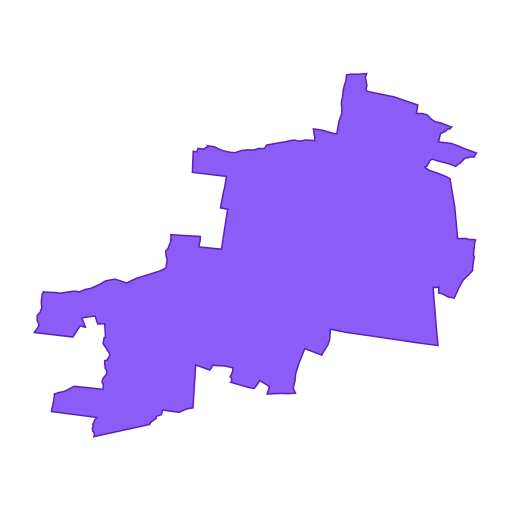 Mama, Yucatán, Mexico (Equal Earth projection), rotated 272°
{"feature_id": "50627088B18700427518498", "entity_name": "Mama", "entity_type": "district", "adm_level": 2, "iso_a3": "MEX", "parent_name": "Mexico", "parent_adm1": "Yucatán", "projection": "equal_earth", "projection_center": [-89.374, 20.51], "detail": "fine", "context": "isolated", "style": "filled", "palette": "violet", "viewbox_px": 512, "rotation_deg": 272, "n_neighbors": 0, "source": "geoboundaries", "source_scale": "gbopen_adm2", "svg_char_len": 4200}
<svg xmlns="http://www.w3.org/2000/svg" viewBox="0 0 512 512"><g transform="rotate(272 256 256)"><path d="M254.5,473.0L255.5,473.3L256.5,473.3L263.1,474.2L264.5,473.3L274.1,473.9L277.0,474.1L279.7,474.9L280.1,472.5L279.9,469.9L280.1,467.3L280.8,465.6L280.8,463.5L280.4,456.9L290.1,455.7L294.9,455.1L312.1,452.9L339.9,447.2L340.7,445.7L341.7,444.0L345.0,435.2L347.4,426.7L350.5,421.4L351.0,421.7L351.1,422.4L351.2,422.7L351.6,423.5L351.9,423.9L352.4,424.1L353.0,424.2L353.5,424.4L354.0,424.8L355.0,425.5L356.0,425.9L357.2,426.2L358.2,427.2L358.5,428.2L358.9,429.6L358.6,430.5L357.8,432.4L357.2,434.9L356.9,436.8L356.3,439.1L355.6,442.6L354.6,446.6L352.5,452.5L353.2,453.3L354.4,454.3L355.6,456.3L361.1,461.5L361.6,464.8L362.6,466.4L362.4,470.3L366.6,472.7L368.0,468.5L371.0,459.4L372.7,455.2L375.3,447.5L375.4,445.8L376.4,434.4L377.8,434.7L378.1,434.8L378.3,434.8L384.5,436.1L385.2,436.9L386.9,440.3L387.0,440.5L387.1,441.0L389.9,443.4L389.5,444.9L391.8,447.0L392.5,444.4L395.2,436.9L395.4,435.2L395.8,435.1L396.0,432.7L396.3,430.6L397.4,428.7L398.9,426.4L400.7,424.6L402.1,423.0L403.2,421.8L404.2,416.6L404.1,411.3L412.5,412.5L419.6,389.2L419.9,388.4L420.6,383.8L424.1,363.3L424.4,362.0L424.9,360.8L426.5,360.1L427.9,360.4L429.9,360.9L430.9,360.7L431.9,360.6L438.1,359.1L439.8,359.5L442.2,360.2L442.0,357.7L441.4,353.8L440.9,343.5L440.1,340.1L434.3,339.8L430.5,338.6L425.0,337.4L418.7,337.0L416.6,336.7L416.1,336.6L413.2,336.0L409.5,336.2L405.6,336.8L403.9,336.5L402.9,336.8L401.7,336.8L400.4,336.4L398.8,336.0L393.6,334.2L381.0,332.5L381.2,329.1L383.8,318.8L384.4,315.1L385.0,308.9L380.6,309.8L379.9,309.6L377.5,310.6L375.6,310.6L373.4,310.6L373.7,301.5L372.4,296.9L372.4,293.5L373.0,291.9L373.2,290.7L372.5,285.8L371.2,281.7L370.2,276.2L367.2,262.6L364.4,261.2L363.6,259.3L363.6,254.9L362.3,251.4L361.8,249.2L361.8,247.2L361.8,243.9L361.8,243.3L361.3,241.0L361.1,238.3L358.5,231.3L358.7,226.9L360.0,219.6L362.0,213.9L363.0,212.4L363.9,209.6L364.0,207.4L364.5,204.2L364.1,204.7L363.3,203.4L362.3,201.8L361.0,200.1L361.2,198.3L361.4,196.6L361.4,195.8L361.5,195.5L361.5,195.1L361.5,194.8L361.6,194.3L360.2,193.8L357.9,193.1L358.5,189.6L337.4,189.5L334.5,223.7L321.5,222.0L320.4,221.5L302.8,218.8L301.7,226.0L261.6,221.2L263.1,199.0L264.5,198.7L269.8,199.7L273.6,199.7L274.3,170.1L269.9,170.7L269.7,170.1L268.7,170.1L268.5,170.6L260.6,167.8L257.5,165.5L251.9,166.4L249.6,167.3L242.5,166.6L240.8,166.2L237.5,160.1L236.8,157.9L229.7,137.8L227.3,132.9L224.9,128.5L224.7,127.2L227.9,116.1L227.6,113.9L225.8,106.3L222.3,101.0L217.8,91.7L216.8,87.1L214.0,80.6L214.5,76.7L214.3,73.7L211.9,61.1L212.2,59.5L212.5,56.8L212.5,47.6L212.9,44.8L210.6,43.7L204.0,43.1L202.1,43.0L196.7,43.8L192.1,42.1L189.0,39.4L184.0,39.4L182.0,40.6L178.8,41.5L171.8,37.1L168.6,75.8L179.9,82.6L178.9,88.0L188.1,84.1L190.4,97.3L182.5,100.2L183.0,107.2L169.6,108.4L169.2,107.1L163.1,106.2L157.7,110.2L156.1,110.9L154.5,112.3L151.8,113.6L148.8,111.6L147.1,111.5L146.1,108.4L142.1,108.5L140.2,109.4L138.9,108.9L136.1,110.8L132.5,110.7L130.1,108.6L129.4,108.2L128.5,107.4L126.0,106.7L123.8,106.7L122.5,107.8L121.6,107.9L118.2,107.8L117.4,107.4L118.7,90.5L119.3,80.8L119.4,78.7L114.2,69.7L112.7,63.8L111.0,59.2L110.7,59.1L109.9,59.5L107.1,59.1L104.3,58.9L93.4,56.9L89.1,102.5L86.0,100.3L83.3,99.7L82.2,98.5L80.2,99.5L78.8,98.6L78.1,98.4L75.1,99.1L74.1,100.1L71.7,100.8L69.8,100.2L83.9,155.5L86.4,157.0L90.2,161.8L92.3,162.0L94.2,166.9L96.8,167.7L98.8,167.8L97.9,176.3L97.1,184.5L100.8,192.3L102.0,198.3L145.0,199.5L140.4,213.7L142.1,215.0L145.3,216.4L145.0,221.5L145.1,224.5L145.0,228.7L143.4,236.8L140.1,236.8L136.7,235.4L134.4,234.3L133.3,235.7L130.1,236.1L128.9,235.1L124.4,253.1L123.6,258.9L129.9,263.2L131.8,264.0L125.9,274.1L118.4,271.9L119.6,285.8L119.5,291.9L120.2,300.3L124.7,298.0L126.5,298.0L132.2,299.3L140.1,299.8L147.5,301.9L150.1,302.5L160.1,306.2L161.2,306.5L165.1,308.1L159.2,325.3L160.9,325.9L170.0,331.1L175.3,332.6L185.4,332.9L182.7,349.9L180.7,368.5L180.7,368.8L174.9,420.3L172.9,441.0L193.3,438.4L230.8,434.1L230.7,436.8L231.4,439.8L225.4,439.8L225.0,442.3L224.3,444.5L221.9,449.0L220.9,455.6L231.7,460.0L239.3,464.0L244.9,469.4L248.9,472.9L254.5,473.0Z" fill="#8b5cf6" stroke="#5b21b6" stroke-width="1.5"/></g></svg>